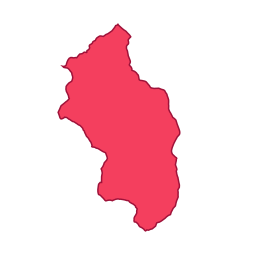 Khar, Pemagatsel, Bhutan (Natural Earth projection), rotated 314°
{"feature_id": "84629894B26310020901724", "entity_name": "Khar", "entity_type": "district", "adm_level": 2, "iso_a3": "BTN", "parent_name": "Bhutan", "parent_adm1": "Pemagatsel", "projection": "natural_earth1", "projection_center": [91.394, 26.945], "detail": "fine", "context": "isolated", "style": "filled", "palette": "rose", "viewbox_px": 256, "rotation_deg": 314, "n_neighbors": 0, "source": "geoboundaries", "source_scale": "gbopen_adm2", "svg_char_len": 5274}
<svg xmlns="http://www.w3.org/2000/svg" viewBox="0 0 256 256"><g transform="rotate(314 128 128)"><path d="M132.1,192.0L132.3,191.7L132.9,190.9L133.3,190.0L133.7,189.2L134.1,188.4L134.4,187.7L135.1,187.3L135.9,186.7L137.2,185.9L137.9,185.5L138.2,185.3L138.7,184.7L139.3,184.4L139.8,184.3L140.1,184.0L140.2,183.2L140.0,182.5L140.0,181.5L140.0,179.7L140.0,178.2L140.2,177.7L140.5,177.0L140.9,176.2L141.8,175.1L143.5,174.0L145.1,173.2L147.7,172.1L149.3,171.5L152.0,170.7L152.9,170.4L154.0,170.2L155.1,169.8L156.2,169.6L157.1,169.6L158.0,169.6L158.7,169.5L159.6,169.3L160.1,168.9L161.0,168.1L161.8,167.0L162.7,165.3L163.2,164.3L164.0,162.6L165.0,160.5L166.5,157.8L166.8,157.2L167.0,156.7L167.0,155.8L167.0,154.9L166.9,153.9L166.8,153.4L166.7,152.9L167.4,151.0L167.7,150.1L168.3,148.4L168.7,146.7L169.5,144.8L170.0,143.9L172.3,141.8L173.3,140.6L174.8,139.3L176.4,137.7L177.5,135.8L178.5,133.7L179.3,132.5L179.5,131.3L179.9,129.7L180.3,128.6L180.3,128.0L180.1,127.1L179.3,125.6L178.8,124.6L178.4,123.5L178.2,123.1L178.0,122.5L177.4,122.0L176.4,121.0L174.6,119.3L173.7,118.0L173.0,116.9L172.9,116.3L172.9,115.5L173.0,114.8L173.3,114.2L173.4,113.4L173.4,112.5L173.6,111.3L173.7,110.0L173.8,109.0L173.4,107.6L172.7,106.5L171.8,105.0L170.9,103.9L170.6,103.2L170.5,102.8L170.7,102.2L171.0,101.8L172.1,100.2L172.5,99.8L173.2,98.5L173.2,97.8L173.2,97.2L173.4,96.4L173.5,95.5L173.3,93.3L172.9,92.5L172.6,91.5L172.2,90.8L172.8,90.1L173.2,89.7L173.6,89.1L173.9,88.1L174.1,87.4L174.1,86.3L174.1,85.5L174.4,85.0L175.2,84.7L176.2,84.3L177.0,83.9L177.7,83.2L178.2,82.2L178.4,81.8L180.2,77.9L180.9,77.0L182.1,75.3L183.0,74.1L183.5,72.9L184.0,71.8L184.9,70.9L185.7,70.2L186.3,69.9L187.6,69.8L188.6,69.9L189.4,69.5L190.3,68.6L191.2,67.2L191.6,66.9L192.3,66.8L192.9,66.7L193.8,66.6L194.6,66.7L195.2,66.7L195.6,66.5L195.7,65.7L195.8,65.3L195.9,64.9L196.0,63.4L196.0,61.3L196.1,60.4L196.2,59.5L196.1,59.1L196.0,58.2L195.7,56.8L195.5,54.4L195.4,51.2L195.4,49.7L195.6,48.7L194.3,48.7L193.1,48.0L191.2,48.5L186.9,49.0L184.1,48.5L181.7,48.0L180.0,47.2L178.1,46.9L176.7,46.6L175.3,44.5L174.5,43.8L173.2,43.4L171.1,43.0L169.7,43.2L168.3,43.7L167.1,43.2L166.0,42.9L165.3,42.9L164.6,43.3L163.8,43.4L162.5,43.2L162.0,42.9L160.8,42.8L160.0,43.2L159.1,44.6L158.2,45.1L156.9,45.2L155.4,44.8L154.8,44.9L154.1,45.6L153.6,45.8L152.3,44.0L151.4,43.6L150.1,43.6L149.4,43.2L147.6,41.9L145.7,42.0L142.9,42.3L142.5,41.7L142.1,41.2L140.9,40.4L140.2,39.6L139.9,38.9L138.8,37.8L137.3,37.3L135.6,37.5L133.7,38.1L131.8,39.0L130.4,39.8L129.2,39.9L127.7,39.0L127.3,38.7L127.0,38.2L127.0,39.7L127.6,40.7L129.1,42.9L129.2,43.9L129.2,45.2L128.9,46.7L128.8,47.4L128.7,48.9L128.0,50.0L127.3,50.9L127.0,51.8L125.7,53.4L123.8,54.5L122.5,55.0L121.2,54.7L120.1,54.4L119.2,54.2L116.7,54.3L115.0,54.6L112.8,56.4L111.5,58.3L111.0,59.9L110.5,61.1L110.4,61.5L109.8,62.8L108.7,64.3L108.4,65.3L107.5,65.4L106.4,65.4L105.2,65.4L103.5,65.1L101.2,64.9L99.0,64.6L97.6,64.4L96.4,64.8L94.7,65.5L93.0,66.1L91.5,66.6L90.7,66.9L90.3,67.8L89.9,68.6L89.1,70.2L88.3,71.6L88.0,72.4L88.0,73.5L88.6,74.0L89.0,74.2L89.5,74.4L90.9,74.9L91.4,74.8L91.8,74.9L92.2,75.6L92.8,76.3L93.1,77.1L93.2,78.7L93.3,79.4L93.7,80.3L93.8,81.4L93.9,81.8L94.1,83.1L94.2,83.6L94.7,84.4L95.0,85.0L95.2,86.2L95.4,87.4L95.6,88.0L95.7,89.1L95.9,90.3L96.2,90.9L96.5,91.8L96.5,92.5L96.5,93.4L96.4,94.7L96.4,95.4L96.2,95.8L96.0,96.3L95.5,97.1L95.5,97.9L95.5,98.5L94.7,100.0L94.0,101.9L93.8,102.5L93.4,103.3L93.2,104.2L93.2,105.2L93.1,106.7L92.6,108.3L92.3,109.4L92.2,109.9L92.0,111.3L91.8,111.7L91.5,112.3L91.2,112.9L90.5,114.2L89.5,114.8L89.5,115.4L89.7,115.7L90.0,116.0L90.7,117.0L91.2,117.8L91.2,118.4L91.7,119.5L92.4,120.7L93.2,124.4L93.5,125.9L94.0,127.4L94.6,129.0L94.0,130.3L92.8,132.8L91.8,134.3L89.9,135.0L88.6,135.0L86.5,135.1L84.9,135.9L82.7,136.7L79.9,137.1L79.4,138.4L77.7,140.8L74.8,142.7L71.8,145.5L70.5,146.8L69.6,145.8L67.2,145.9L66.0,146.7L64.5,147.8L62.8,149.1L61.1,150.8L60.7,151.4L59.9,152.6L59.8,153.2L60.3,154.4L60.4,156.0L60.3,157.3L60.3,158.0L60.3,158.5L60.3,159.2L60.0,161.6L60.1,162.5L60.7,163.0L61.4,163.4L61.8,163.6L62.6,164.2L63.7,165.2L64.5,166.6L65.0,167.4L65.6,167.4L66.3,167.8L67.9,168.5L68.4,168.8L69.5,169.6L70.4,170.5L70.9,171.4L71.9,172.4L72.1,172.8L73.2,174.3L74.0,175.6L74.3,176.0L74.7,177.0L75.1,177.6L76.1,178.9L76.0,179.8L75.9,180.4L75.9,181.0L76.0,181.5L76.5,183.5L76.9,184.7L77.0,185.9L77.1,187.5L76.4,188.4L76.4,189.2L76.3,189.8L76.3,190.4L76.1,190.9L75.2,191.3L74.5,191.8L73.8,192.4L73.2,193.1L72.5,193.5L70.4,194.1L68.8,194.4L67.4,195.0L66.3,196.1L65.6,196.6L65.3,196.9L65.1,197.3L64.9,197.7L65.1,198.2L65.6,198.8L65.8,199.2L65.9,199.5L65.9,200.4L65.9,201.8L65.6,203.1L65.3,203.6L65.3,204.0L65.2,205.2L65.3,205.6L65.8,206.7L66.1,208.6L66.2,209.4L66.2,210.1L66.0,210.7L66.1,212.0L66.9,212.3L67.7,212.3L68.8,213.8L70.5,214.4L72.3,215.5L74.1,215.7L76.6,216.0L78.9,214.9L79.9,214.6L82.2,216.0L84.3,216.6L87.7,217.2L89.1,217.4L89.8,217.4L90.9,217.4L91.4,217.5L93.2,217.8L95.2,218.7L97.6,217.5L100.3,216.7L101.5,216.3L104.9,216.2L107.6,214.5L109.7,213.4L110.8,213.0L113.2,212.0L114.4,210.7L116.6,208.7L118.0,206.9L121.0,206.1L122.7,204.6L124.2,202.3L125.2,200.9L126.3,199.3L127.0,198.4L127.5,197.3L127.8,196.7L128.5,195.5L129.0,194.7L129.6,194.0L130.1,193.2L130.5,192.7L132.1,192.0Z" fill="#f43f5e" stroke="#9f1239" stroke-width="1.5"/></g></svg>